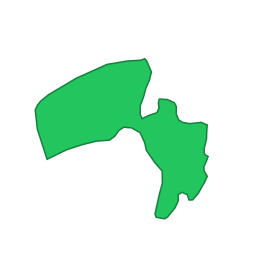 Jegunovce, Robinson projection, rotated 294°
{"feature_id": "MKD-2963", "entity_name": "Jegunovce", "entity_type": "Municipality", "adm_level": 1, "iso_a3": "MKD", "parent_name": "North Macedonia", "parent_adm1": "", "projection": "robinson", "projection_center": [21.128, 42.089], "detail": "fine", "context": "isolated", "style": "filled", "palette": "green", "viewbox_px": 256, "rotation_deg": 294, "n_neighbors": 0, "source": "natural_earth", "source_scale": "10m", "svg_char_len": 1028}
<svg xmlns="http://www.w3.org/2000/svg" viewBox="0 0 256 256"><g transform="rotate(294 128 128)"><path d="M106.7,35.9L112.1,36.0L116.8,37.2L126.2,41.9L152.7,60.7L177.5,82.9L188.9,100.1L195.3,112.4L198.1,115.0L196.9,117.8L188.6,126.7L180.2,128.1L171.7,128.1L163.3,129.5L153.1,130.2L145.2,133.7L142.4,137.2L148.1,142.0L153.7,148.2L158.8,148.2L163.3,145.5L167.2,144.8L170.0,152.4L170.0,160.0L167.2,163.5L160.5,166.3L155.9,171.1L155.4,176.0L157.1,182.6L162.9,192.6L163.0,199.2L158.0,200.9L149.9,204.2L140.3,205.9L136.7,207.6L134.9,209.2L134.6,212.8L130.2,213.1L123.4,213.1L119.8,215.0L116.1,220.1L110.9,220.1L96.9,218.8L88.6,216.3L87.0,213.1L91.2,209.3L91.2,203.5L87.5,201.0L82.3,203.5L74.5,203.5L62.6,200.3L60.0,198.4L59.8,197.7L58.4,192.2L57.9,190.1L60.5,187.6L79.7,183.7L91.7,181.8L102.6,176.7L107.3,166.5L115.1,153.8L121.3,149.3L128.6,141.0L129.6,131.4L127.0,123.8L121.8,120.6L115.1,119.3L109.4,116.1L103.2,104.6L93.8,92.5L83.4,81.0L66.5,66.8L89.9,45.8L106.7,35.9Z" fill="#22c55e" stroke="#15803d" stroke-width="1.5"/></g></svg>